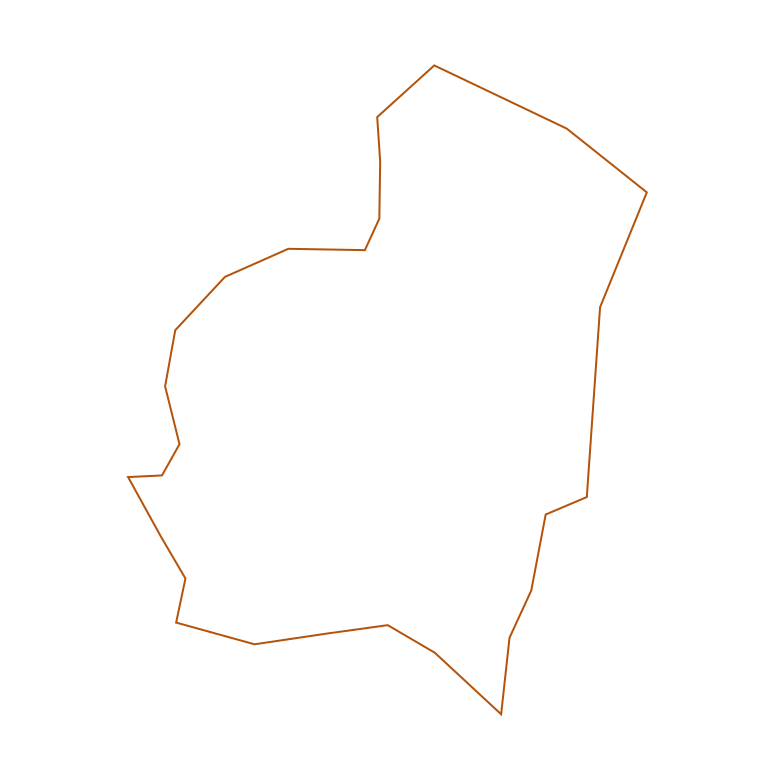 an SVG outline of Xagħra, rotated 4°
{"feature_id": "MLT-5978", "entity_name": "Xagħra", "entity_type": "state/province", "adm_level": 1, "iso_a3": "MLT", "parent_name": "Malta", "parent_adm1": "", "projection": "equal_earth", "projection_center": [14.268, 36.052], "detail": "fine", "context": "isolated", "style": "outline", "palette": "amber", "viewbox_px": 768, "rotation_deg": 4, "n_neighbors": 0, "source": "natural_earth", "source_scale": "10m", "svg_char_len": 498}
<svg xmlns="http://www.w3.org/2000/svg" viewBox="0 0 768 768"><g transform="rotate(4 384 384)"><path d="M411.9,62.7L548.5,116.5L632.8,174.5L594.2,292.3L594.2,482.6L554.4,502.9L545.3,579.8L526.9,628.4L523.9,705.3L453.5,648.6L404.5,624.3L346.4,636.5L272.9,652.7L193.3,636.5L199.5,591.9L171.9,551.5L135.2,494.7L168.9,490.7L184.2,458.3L165.8,401.6L172.0,344.9L217.9,288.2L279.1,255.8L355.6,251.8L367.8,219.4L364.7,162.7L358.6,118.2L411.9,62.7Z" fill="none" stroke="#b45309" stroke-width="2"/></g></svg>